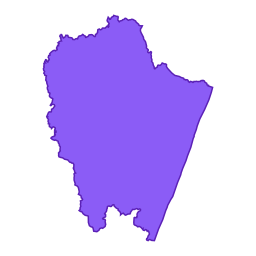 outline of Brickaville, Atsinanana, Madagascar
{"feature_id": "10022922B71585303896889", "entity_name": "Brickaville", "entity_type": "district", "adm_level": 2, "iso_a3": "MDG", "parent_name": "Madagascar", "parent_adm1": "Atsinanana", "projection": "mercator", "projection_center": [48.731, -18.667], "detail": "fine", "context": "isolated", "style": "filled", "palette": "violet", "viewbox_px": 256, "rotation_deg": 0, "n_neighbors": 0, "source": "geoboundaries", "source_scale": "gbopen_adm2", "svg_char_len": 5614}
<svg xmlns="http://www.w3.org/2000/svg" viewBox="0 0 256 256"><path d="M212.6,87.4L208.2,85.9L208.4,85.3L207.1,84.9L206.7,83.3L204.8,82.1L204.4,81.0L202.9,80.3L202.2,80.8L201.5,80.5L201.0,80.6L200.2,81.5L199.0,81.4L198.2,81.7L196.4,81.3L194.9,81.6L194.0,81.4L193.2,82.4L192.7,82.4L191.9,81.6L191.2,81.7L190.3,81.4L189.6,82.3L188.4,81.6L188.1,80.5L187.5,79.9L186.7,79.7L185.7,80.0L185.1,79.5L184.2,79.5L183.6,78.2L181.2,77.5L179.4,76.5L174.8,75.4L171.7,72.9L167.5,68.3L166.4,66.5L166.5,64.6L165.7,63.9L164.7,64.0L162.2,63.0L161.4,64.3L160.2,65.4L158.3,65.1L157.7,65.4L157.3,67.0L156.0,67.7L155.2,68.7L154.5,68.7L154.3,68.3L154.1,66.6L153.3,65.2L152.9,63.0L151.6,61.3L152.0,60.0L151.2,57.6L151.4,56.1L150.9,54.2L151.4,52.9L151.4,52.1L150.8,51.6L148.9,52.8L147.8,52.2L147.7,51.5L148.3,50.2L148.2,49.7L146.5,48.1L146.4,47.1L146.6,46.1L145.6,42.1L145.3,41.4L143.7,39.2L143.4,37.2L140.9,32.3L140.4,30.8L140.6,28.6L141.4,27.8L142.3,25.8L140.3,25.8L139.0,25.3L138.6,24.2L136.2,22.2L135.6,21.0L132.8,19.4L131.5,19.3L130.6,19.8L129.5,19.8L128.4,20.3L125.9,18.4L125.1,18.3L124.0,19.4L122.8,19.7L122.0,20.5L120.0,21.0L119.2,21.8L117.8,19.9L118.2,17.3L118.1,16.7L117.8,16.4L116.4,16.3L113.7,15.4L113.3,16.4L112.1,16.9L111.1,17.9L110.5,19.2L109.7,19.4L109.3,18.5L108.2,17.2L107.1,20.3L107.5,21.7L108.1,22.0L109.1,23.5L109.1,23.9L108.3,24.7L108.3,25.3L108.9,26.1L108.4,27.2L108.1,27.1L107.7,26.2L107.2,26.0L105.1,28.1L102.4,28.1L101.6,29.4L100.3,29.8L99.3,29.0L97.9,29.6L97.6,31.4L97.6,32.6L97.1,33.0L96.7,33.9L95.5,34.4L95.4,36.2L95.0,36.6L94.2,36.4L92.5,34.9L91.5,34.6L89.1,34.9L87.9,36.6L86.8,36.9L86.3,37.4L85.6,37.4L85.3,36.1L84.2,35.7L83.1,34.6L82.6,34.4L81.9,35.2L80.7,35.8L79.1,36.0L78.1,37.3L77.6,38.9L76.3,38.6L75.5,38.9L74.7,39.6L73.8,39.6L72.7,39.4L72.6,38.6L71.8,37.8L68.5,37.3L67.9,36.1L67.9,35.5L67.5,35.3L66.7,35.5L66.0,35.2L64.8,37.2L63.4,38.0L63.0,37.6L62.6,36.4L61.9,35.8L62.0,35.3L61.6,34.6L61.1,34.5L60.8,35.0L60.1,35.3L59.8,36.3L60.6,37.4L60.5,37.8L60.9,37.9L60.8,38.9L61.4,40.8L61.0,40.7L60.7,41.1L59.1,41.5L58.9,42.3L58.0,42.8L59.0,43.6L58.5,44.1L58.6,44.4L58.5,45.6L57.9,45.3L57.6,45.6L56.5,48.1L57.2,49.2L57.1,49.8L56.1,50.2L55.6,50.8L54.4,50.3L53.2,50.6L51.0,52.3L49.7,53.8L50.1,55.0L49.5,55.4L48.7,55.5L48.2,57.5L48.9,58.5L49.2,59.8L48.2,60.2L48.3,60.7L47.8,62.0L46.8,61.4L46.1,59.7L45.6,59.7L45.5,60.5L44.7,61.4L44.6,62.0L45.4,62.9L44.3,63.0L43.9,63.5L44.2,64.1L44.0,64.5L44.0,66.0L43.8,66.2L44.1,67.2L43.4,68.7L43.7,70.3L44.6,71.4L43.8,73.2L44.6,74.2L44.9,75.4L46.4,75.8L45.9,77.8L46.0,79.0L45.7,80.0L46.7,81.7L46.8,83.1L47.9,86.3L47.3,87.2L47.4,89.0L48.2,90.7L48.3,92.2L48.7,92.7L49.6,92.8L49.9,93.3L49.4,95.8L49.6,96.6L51.2,98.0L52.6,98.5L52.8,98.9L52.1,102.4L50.3,105.3L50.6,105.6L51.0,105.6L51.9,104.6L53.0,104.3L54.3,104.7L54.7,105.8L54.6,106.4L53.6,107.5L53.1,108.5L51.6,109.2L51.4,111.4L51.1,111.9L49.2,111.9L48.5,112.5L46.7,116.7L47.0,117.3L47.6,117.1L47.3,118.0L47.9,118.7L48.5,119.8L48.0,121.1L48.6,122.7L48.3,123.7L49.6,124.1L49.3,124.9L49.4,126.6L51.3,127.6L51.5,128.6L51.8,128.4L52.2,127.5L53.3,126.8L54.1,127.1L54.4,127.6L55.0,127.7L55.3,128.3L55.3,129.0L54.8,129.6L54.6,130.4L55.0,131.0L55.9,131.0L56.1,132.1L55.6,132.5L54.6,132.2L54.7,133.9L55.2,134.6L54.6,135.0L54.9,135.7L53.7,136.4L52.4,136.8L51.3,137.5L51.0,138.2L51.5,138.4L51.8,139.0L52.5,139.5L54.5,140.3L55.5,140.0L58.2,141.3L58.4,142.3L58.2,142.7L59.0,143.7L59.4,144.9L59.3,145.7L60.2,146.6L60.3,147.2L60.0,149.5L60.3,150.9L59.6,151.3L59.4,152.1L58.5,153.0L58.7,153.8L58.6,155.7L59.0,156.8L60.5,157.4L62.6,157.8L64.6,159.2L67.7,159.9L69.5,161.9L70.0,162.3L70.9,162.3L71.5,163.0L73.0,163.2L73.9,164.5L73.8,167.0L73.3,168.0L73.4,168.4L73.8,168.4L73.7,169.2L74.4,170.4L74.7,172.0L75.6,173.0L74.3,173.5L74.0,173.9L74.4,175.9L74.1,177.3L74.1,180.1L75.2,183.6L74.9,184.9L77.3,186.1L78.3,187.4L79.2,191.4L79.1,192.7L78.4,194.3L80.7,195.5L81.1,196.2L81.3,197.9L81.8,198.1L82.6,199.3L82.0,200.3L80.4,200.9L80.8,202.8L80.4,204.2L80.8,206.3L80.1,207.9L80.1,209.5L79.1,210.5L80.4,211.5L81.7,211.6L83.2,213.8L85.2,215.3L88.0,215.9L88.3,216.5L88.4,222.5L89.4,225.7L91.2,226.9L92.3,227.1L92.7,227.4L93.2,228.7L93.7,231.2L96.9,231.7L98.9,230.3L99.9,228.5L101.9,227.9L102.7,228.3L105.1,226.5L105.7,224.2L105.4,223.8L105.5,223.1L105.1,221.9L105.4,220.2L104.9,219.4L103.2,219.2L102.7,218.7L103.3,217.8L105.0,217.2L105.6,216.6L105.6,214.6L105.3,214.2L104.7,214.0L104.6,213.7L106.4,211.4L106.8,209.8L106.6,209.3L107.2,208.4L107.4,206.7L108.1,206.2L109.0,206.0L110.4,206.5L111.4,206.4L112.5,205.0L113.6,204.7L114.1,205.0L114.1,205.9L114.4,206.3L116.3,208.1L118.2,209.1L118.2,210.4L119.7,211.4L120.7,213.3L120.6,214.8L121.7,213.8L123.3,213.2L124.7,214.7L125.4,215.1L125.8,215.1L127.8,214.1L130.0,213.9L130.5,212.9L130.6,212.1L132.6,209.4L134.2,209.5L136.6,208.6L137.2,208.7L138.0,209.5L139.6,208.9L140.5,209.4L140.4,210.6L138.4,211.7L137.3,213.3L137.0,214.5L137.2,216.2L136.7,216.7L136.8,217.5L135.9,217.7L134.7,217.4L134.1,217.8L133.8,222.4L134.0,224.4L134.8,225.1L136.6,225.8L137.6,226.8L138.5,226.7L138.9,226.4L139.7,226.6L141.0,227.4L142.4,229.0L142.9,228.7L142.7,229.4L143.3,230.2L144.4,230.5L145.5,229.6L146.4,229.9L147.2,231.3L147.9,230.7L148.7,231.5L149.4,234.0L149.3,234.5L148.4,235.4L147.2,238.5L146.7,238.7L146.5,239.3L146.7,240.0L148.1,240.6L149.0,239.7L149.8,239.5L151.6,240.4L154.4,240.6L158.6,228.8L162.7,219.7L165.7,210.6L167.1,207.4L167.7,205.3L170.9,199.3L172.7,196.6L177.6,182.4L180.7,174.9L181.2,172.7L182.7,168.4L186.0,160.6L187.5,155.9L190.8,147.4L193.2,138.5L194.1,136.5L194.1,135.3L196.3,129.5L197.2,126.0L199.8,119.0L204.6,109.5L208.9,99.7L211.3,92.4L212.6,87.4Z" fill="#8b5cf6" stroke="#5b21b6" stroke-width="1.5"/></svg>